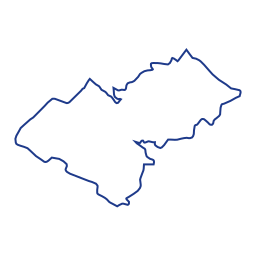 Ha Giang, Hà Giang, Vietnam (Natural Earth projection)
{"feature_id": "81297802B3651989276752", "entity_name": "Ha Giang", "entity_type": "district", "adm_level": 2, "iso_a3": "VNM", "parent_name": "Vietnam", "parent_adm1": "Hà Giang", "projection": "natural_earth1", "projection_center": [104.979, 22.815], "detail": "fine", "context": "isolated", "style": "outline", "palette": "blue", "viewbox_px": 256, "rotation_deg": 0, "n_neighbors": 0, "source": "geoboundaries", "source_scale": "gbopen_adm2", "svg_char_len": 3237}
<svg xmlns="http://www.w3.org/2000/svg" viewBox="0 0 256 256"><path d="M239.6,96.2L240.5,93.0L240.6,92.0L240.3,90.9L239.5,90.2L235.2,89.2L231.1,88.4L226.2,84.5L218.9,79.8L212.6,74.4L209.9,71.4L204.1,64.8L200.7,61.4L199.1,60.2L196.1,58.7L192.5,57.9L189.6,54.1L186.4,49.7L178.3,60.5L177.5,61.2L176.3,60.2L173.8,58.5L172.9,58.2L172.3,58.0L171.8,58.6L171.6,59.7L171.2,60.7L170.2,62.4L169.9,63.0L168.0,64.4L167.6,64.4L164.2,64.0L160.8,63.4L158.0,63.1L153.3,63.0L151.7,63.2L151.0,63.7L150.9,64.7L151.1,66.4L151.5,67.5L152.6,68.8L152.8,69.4L152.3,69.8L150.4,70.2L147.6,70.4L144.4,71.2L141.6,72.8L140.0,74.0L138.2,76.8L134.4,80.8L133.2,81.5L131.9,82.1L129.9,82.4L128.4,83.0L127.7,83.3L126.9,84.5L126.4,85.5L126.0,88.3L125.6,89.2L124.9,89.9L124.2,90.0L123.1,89.8L121.7,89.7L120.5,90.0L119.2,90.4L118.1,90.4L116.8,89.7L113.5,87.9L113.7,89.8L114.0,94.3L114.3,95.5L114.9,96.9L117.0,98.6L118.0,99.0L118.6,99.1L120.0,98.9L120.9,99.3L119.7,100.7L118.7,102.0L118.0,102.8L117.3,103.0L116.5,103.1L115.1,102.0L113.6,99.7L112.0,97.5L111.0,96.5L108.1,95.2L106.6,93.2L105.4,91.9L103.8,91.0L101.5,89.8L99.3,86.5L98.8,86.1L97.8,85.5L95.9,84.4L93.3,82.1L89.8,78.9L88.7,80.3L86.8,83.3L84.2,88.1L82.6,88.8L81.0,90.8L69.4,102.2L67.8,103.0L66.6,103.1L54.9,98.8L53.5,98.7L52.3,98.8L47.7,102.6L44.6,106.0L35.2,115.5L33.2,117.5L30.3,119.4L24.2,124.8L20.7,128.0L18.9,131.3L16.4,135.7L15.4,138.8L15.8,142.6L16.4,143.9L17.8,144.8L20.6,145.8L23.9,146.8L27.5,148.2L30.4,150.8L36.0,156.1L40.8,159.3L44.3,161.8L45.6,162.0L46.5,161.8L47.2,161.5L48.5,160.6L51.8,157.6L59.2,158.9L63.5,161.3L66.6,164.1L66.8,165.3L66.8,166.3L66.2,167.7L65.7,169.0L65.6,169.8L66.1,170.9L67.0,171.9L70.0,173.7L84.4,179.3L88.8,181.0L92.1,182.0L96.0,183.7L97.5,185.6L97.6,186.8L97.2,189.9L97.2,192.4L97.4,193.5L98.4,194.4L102.0,196.2L104.8,197.8L106.8,199.3L109.3,202.0L110.8,202.9L112.2,203.6L117.2,206.3L119.3,205.0L122.1,203.7L123.4,203.7L126.5,204.5L127.5,204.8L128.0,204.7L128.7,204.1L129.0,203.2L128.9,201.7L126.6,199.4L126.3,198.6L126.5,198.2L129.0,196.8L133.7,193.8L137.7,190.9L139.9,188.1L140.4,186.9L140.7,185.9L140.7,184.5L140.1,179.7L140.5,178.1L142.2,173.5L143.4,170.4L143.7,168.6L143.9,165.4L144.0,164.4L153.6,164.4L153.8,163.5L154.0,162.2L153.9,161.0L153.4,160.1L152.5,159.6L150.0,158.8L147.3,157.0L146.5,156.0L145.6,152.6L145.3,149.8L144.7,148.7L142.7,147.5L139.3,145.0L136.8,143.3L135.4,141.8L138.3,142.7L139.4,142.9L140.1,142.9L140.8,141.8L141.6,140.8L142.3,140.6L143.1,140.7L143.7,141.8L144.2,142.5L144.7,142.6L145.6,142.4L148.1,141.4L148.7,141.3L150.1,141.6L152.7,142.2L154.0,142.3L154.9,142.2L154.8,144.1L155.3,145.3L157.6,147.0L160.3,148.0L161.8,147.4L164.1,145.1L166.9,141.2L168.1,139.6L170.8,139.6L174.8,139.8L177.2,139.7L181.1,138.7L184.1,138.1L186.7,137.8L188.5,138.1L190.1,138.1L192.0,137.5L193.1,136.1L193.8,134.0L194.0,130.3L194.7,126.0L195.4,125.1L195.9,125.0L196.8,124.8L197.4,124.3L198.0,123.6L200.1,120.8L201.0,119.7L202.1,119.0L203.1,119.0L204.2,119.3L206.1,120.9L208.0,122.6L209.3,124.0L210.3,124.7L210.9,124.7L211.9,124.8L213.1,123.6L213.7,120.8L214.8,119.4L216.3,118.3L219.2,115.9L220.1,114.4L220.3,111.4L220.6,107.7L221.4,105.0L222.0,104.2L224.0,103.7L230.4,100.9L235.9,97.8L238.6,96.6L238.8,96.5L239.6,96.2Z" fill="none" stroke="#1e3a8a" stroke-width="2"/></svg>